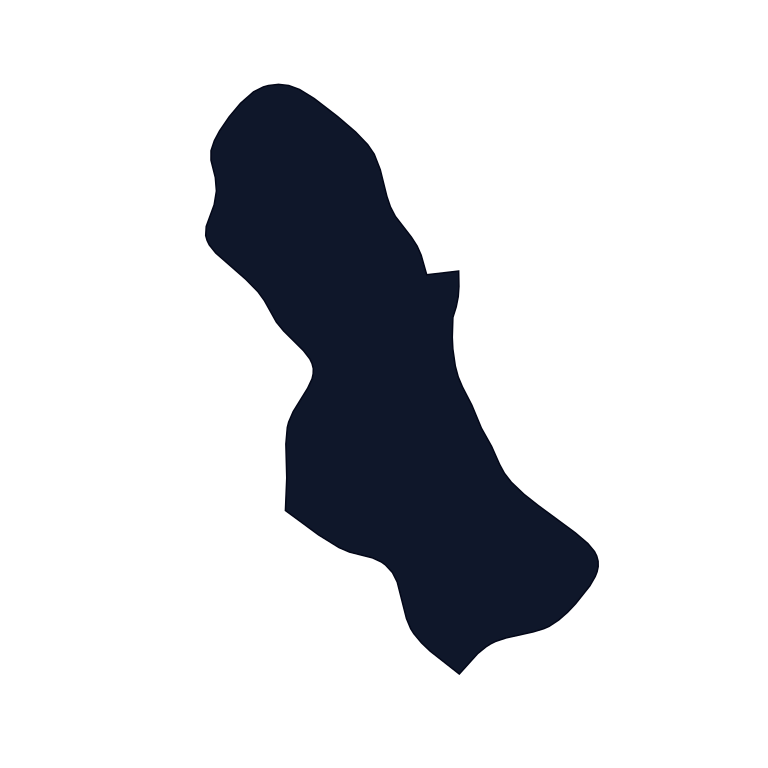 Cayetano Germosén, Espaillat, Dominican Republic (Mercator projection), rotated 128°
{"feature_id": "3306468B9406738878397", "entity_name": "Cayetano Germosén", "entity_type": "district", "adm_level": 2, "iso_a3": "DOM", "parent_name": "Dominican Republic", "parent_adm1": "Espaillat", "projection": "mercator", "projection_center": [-70.472, 19.336], "detail": "fine", "context": "isolated", "style": "filled", "palette": "ink", "viewbox_px": 768, "rotation_deg": 128, "n_neighbors": 0, "source": "geoboundaries", "source_scale": "gbopen_adm2", "svg_char_len": 1415}
<svg xmlns="http://www.w3.org/2000/svg" viewBox="0 0 768 768"><g transform="rotate(128 384 384)"><path d="M544.4,383.8L543.2,342.5L540.6,318.7L537.7,307.7L528.1,286.0L525.9,276.5L525.7,271.4L527.4,261.2L531.9,251.7L555.0,221.9L560.4,212.3L562.4,206.7L564.9,195.1L566.1,183.1L566.2,146.1L538.8,144.2L528.3,141.8L523.2,140.0L518.2,137.6L509.0,131.5L487.5,113.8L478.4,107.4L473.4,104.7L462.4,101.0L450.8,98.8L439.2,97.7L416.4,97.5L405.7,99.0L400.7,100.5L396.0,102.8L391.8,106.2L388.6,110.4L386.4,115.0L384.2,125.1L383.5,141.4L384.8,188.2L384.7,205.9L383.0,223.2L380.2,234.2L376.2,243.4L366.9,260.8L358.8,280.1L346.6,301.7L338.0,320.4L332.7,329.9L325.9,338.9L314.0,351.3L305.2,358.9L289.1,370.7L278.7,374.6L269.4,379.3L261.0,385.0L249.0,394.7L271.6,417.6L259.6,434.0L254.9,442.8L251.4,452.8L244.9,478.3L240.4,488.1L234.4,497.2L217.4,518.9L208.9,533.2L205.4,544.2L202.9,561.5L201.8,585.2L202.0,614.7L203.9,631.9L207.4,642.8L212.8,651.6L220.0,658.9L224.2,662.0L234.1,666.7L251.1,669.9L268.7,670.5L285.9,669.4L296.7,667.5L306.6,664.0L314.2,658.1L325.1,644.1L335.1,634.9L347.3,628.2L369.3,621.1L376.8,615.9L379.8,611.8L382.0,607.3L384.4,597.2L386.6,557.4L388.9,540.1L391.9,529.7L401.5,506.9L404.0,495.7L407.3,468.0L409.9,457.9L412.2,453.3L415.4,449.2L419.6,446.1L424.2,443.9L434.2,441.6L461.6,438.6L472.7,435.7L477.7,433.5L491.7,424.4L517.9,402.8L544.4,383.8Z" fill="#0f172a" stroke="#020617" stroke-width="1.5"/></g></svg>